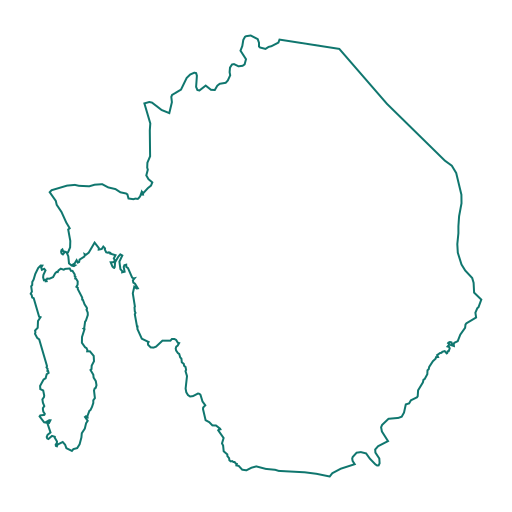 outline of Kaoh Kong, Kaôh Kong, Cambodia
{"feature_id": "14789045B37744308574617", "entity_name": "Kaoh Kong", "entity_type": "district", "adm_level": 2, "iso_a3": "KHM", "parent_name": "Cambodia", "parent_adm1": "Kaôh Kong", "projection": "natural_earth1", "projection_center": [103.11, 11.431], "detail": "fine", "context": "isolated", "style": "outline", "palette": "teal", "viewbox_px": 512, "rotation_deg": 0, "n_neighbors": 0, "source": "geoboundaries", "source_scale": "gbopen_adm2", "svg_char_len": 5880}
<svg xmlns="http://www.w3.org/2000/svg" viewBox="0 0 512 512"><path d="M427.3,374.2L427.5,370.3L428.7,369.2L429.2,366.9L432.9,361.2L435.6,358.7L436.0,357.2L438.0,357.0L437.1,355.1L440.1,353.0L441.5,352.8L442.3,351.8L444.7,351.1L446.7,353.4L447.2,353.1L447.7,351.3L448.7,351.2L449.7,348.4L449.2,347.0L447.6,346.5L449.5,344.2L448.1,343.1L448.5,342.6L449.9,342.0L451.5,342.4L452.2,344.4L451.4,345.2L453.9,346.0L453.7,344.0L454.3,342.8L457.7,341.2L460.3,334.6L465.1,327.8L465.5,324.5L466.4,323.3L476.1,317.5L475.4,312.7L477.3,308.2L478.5,307.2L481.3,299.6L474.1,292.6L473.6,282.8L472.2,278.0L465.2,270.5L461.5,264.5L457.8,252.7L457.3,244.1L458.4,233.3L458.4,226.3L459.1,216.2L461.5,203.3L461.4,194.7L456.2,173.0L451.8,165.7L444.8,160.6L387.0,103.9L339.3,48.9L279.5,39.6L278.4,42.6L271.4,46.2L268.6,46.9L265.5,48.9L260.0,47.5L259.0,46.5L259.0,42.8L257.7,39.1L250.7,35.5L246.1,36.2L245.0,36.8L243.3,39.9L242.3,46.0L240.5,50.7L246.0,59.2L244.6,64.4L242.6,65.8L238.5,66.3L234.0,64.1L232.0,64.5L230.0,67.6L229.6,72.2L230.2,75.3L227.8,80.5L225.7,82.8L219.7,83.8L217.3,85.7L214.8,90.0L211.0,89.8L205.7,85.6L199.4,90.5L197.4,90.0L196.1,86.9L196.9,75.7L196.1,73.1L194.3,72.7L190.2,74.5L186.7,77.9L181.0,89.6L172.1,94.9L171.3,96.9L171.9,102.2L169.3,113.1L161.6,110.0L152.0,102.6L149.3,102.0L144.4,103.4L150.3,123.5L149.8,130.3L150.1,156.3L147.4,162.7L147.2,167.6L147.8,169.7L146.3,175.4L148.5,179.2L152.3,182.4L151.0,185.6L147.9,188.1L143.4,193.0L142.5,192.2L143.0,194.6L142.2,194.6L141.5,192.5L140.1,196.4L138.6,198.2L137.8,198.9L135.4,198.6L133.4,199.2L128.5,198.5L127.4,194.4L126.1,193.5L120.4,192.3L115.5,189.1L108.2,187.4L102.2,184.2L94.7,184.7L89.2,186.3L78.9,185.8L74.9,184.9L67.1,185.6L51.6,190.2L49.7,192.2L55.8,200.9L56.7,204.8L61.5,212.0L66.3,222.6L69.7,228.3L68.2,229.5L70.3,241.0L70.1,247.4L68.0,252.4L67.2,252.8L66.5,252.1L68.3,256.3L69.0,263.4L71.7,265.6L73.9,266.1L75.1,265.3L72.8,264.6L74.7,263.4L76.6,260.2L77.8,262.6L79.1,262.0L79.6,259.6L84.3,256.6L84.9,255.2L84.6,254.1L85.9,254.8L88.7,252.7L94.6,242.6L98.8,248.0L98.7,249.6L101.7,249.0L103.3,246.6L105.0,248.4L104.8,249.5L106.2,252.3L108.1,252.8L108.8,252.3L110.3,252.8L110.2,253.6L115.5,255.2L113.8,258.4L115.0,260.5L113.4,262.2L110.7,262.3L112.4,266.5L113.6,267.7L114.2,267.9L114.7,267.1L115.1,262.2L118.3,256.7L120.3,254.4L122.3,255.5L119.4,261.6L120.4,269.1L122.3,271.2L122.2,272.3L124.6,271.7L123.7,267.0L124.4,265.2L126.2,264.7L126.3,266.9L128.0,268.1L132.1,277.5L133.6,278.5L134.5,278.3L132.9,280.3L133.3,282.6L135.0,283.7L137.8,288.3L136.7,288.5L134.3,286.7L132.8,293.3L134.9,306.6L134.5,307.4L134.8,311.3L135.5,312.9L134.8,314.2L137.0,326.5L137.5,326.5L137.4,329.0L141.8,338.7L148.6,342.0L147.9,343.0L148.1,344.8L150.7,347.4L153.5,347.6L156.0,346.7L162.4,340.7L170.4,340.7L171.9,339.0L174.4,339.0L176.1,339.9L177.8,342.7L179.1,343.1L177.6,345.7L176.3,346.6L175.7,348.5L176.1,350.5L177.9,353.1L179.2,353.9L180.2,357.4L181.4,358.6L181.8,362.3L183.8,363.9L184.1,365.8L185.5,366.9L186.1,369.9L185.5,371.1L187.0,376.1L185.6,388.6L186.3,392.3L188.0,395.1L190.1,396.5L193.0,396.1L198.0,393.5L199.5,393.9L200.5,394.9L202.5,401.5L205.3,405.3L203.2,407.5L203.0,409.1L205.6,420.2L209.3,422.2L212.4,425.4L216.0,425.5L220.1,428.7L220.4,429.3L218.8,429.6L218.2,430.3L223.6,438.0L222.0,443.4L223.1,445.5L223.7,451.3L227.3,454.4L227.4,456.1L229.1,458.2L229.4,460.3L230.8,461.4L232.2,461.1L233.4,462.0L234.6,462.0L235.8,463.6L236.8,463.9L236.4,465.4L238.7,465.9L242.2,469.7L246.4,470.3L251.5,467.7L256.3,466.4L265.8,468.9L275.2,469.8L278.7,470.9L304.8,472.3L316.5,473.8L329.7,476.5L332.3,473.2L340.8,468.7L354.7,464.2L352.6,460.9L352.2,458.6L352.7,457.0L356.6,452.7L360.8,452.1L366.1,453.4L369.8,458.6L375.3,464.3L377.1,465.5L378.6,465.4L379.6,463.3L379.3,458.5L375.4,452.6L375.2,449.5L378.1,446.2L388.0,441.1L381.9,431.5L381.1,427.3L382.1,424.9L388.5,418.8L398.4,417.9L401.7,416.7L404.0,412.6L405.8,404.4L409.1,403.4L410.9,400.3L417.0,397.3L417.7,396.2L418.1,390.3L422.9,382.4L423.5,379.7L424.7,379.0L427.3,374.2ZM41.9,269.8L41.2,267.5L42.3,265.6L40.7,265.5L38.2,268.0L35.3,273.9L33.6,279.6L32.3,281.9L32.2,285.0L31.2,286.3L31.9,291.6L30.7,293.8L31.7,295.1L32.2,297.5L33.7,298.2L39.1,316.7L40.5,317.2L38.0,321.0L37.7,327.8L35.1,330.5L35.4,332.5L35.0,333.8L37.2,337.9L39.2,339.4L47.0,366.1L46.5,367.4L47.6,368.8L47.4,370.9L48.1,371.0L48.6,372.9L46.7,374.2L45.6,378.3L43.6,379.5L40.1,385.9L40.3,389.1L43.2,390.5L44.2,395.5L44.0,397.0L42.4,399.4L42.9,402.7L44.3,406.1L42.9,408.1L42.9,409.4L43.3,411.6L44.8,413.9L44.3,414.9L40.3,415.4L39.6,416.4L44.1,422.3L47.0,422.8L47.5,422.1L46.8,421.6L49.3,420.2L50.4,420.3L49.1,422.9L48.5,422.6L47.6,423.8L50.5,432.5L47.6,434.8L46.7,437.0L47.2,438.4L48.4,439.0L52.0,435.9L54.8,436.8L54.8,437.8L57.0,441.5L56.8,443.1L55.7,444.6L55.9,445.9L56.9,446.3L57.5,444.6L62.7,442.0L65.1,444.7L66.4,448.2L71.9,450.9L73.4,449.1L77.2,448.1L79.6,444.3L81.4,437.5L81.8,433.2L84.8,428.6L86.1,423.2L87.7,420.8L85.0,417.0L85.8,416.4L86.5,417.5L87.6,417.5L87.4,416.1L89.4,410.8L90.5,410.0L92.0,406.9L93.3,403.0L93.3,400.3L94.9,398.1L94.0,390.5L94.7,388.4L95.7,387.9L96.5,385.2L95.8,381.1L93.6,377.6L93.3,374.7L90.5,370.0L91.5,369.1L91.7,365.6L94.0,361.2L93.7,355.9L89.9,351.3L87.2,351.3L87.4,350.1L86.5,348.1L85.1,347.3L81.9,342.8L82.0,337.0L84.5,329.2L83.6,328.6L84.2,328.2L85.1,321.6L85.9,320.7L87.8,315.0L87.7,312.5L86.5,309.7L87.0,308.8L86.8,307.7L84.6,304.4L82.9,299.9L82.2,299.6L82.2,297.6L77.8,289.1L77.8,287.7L76.4,286.8L77.6,284.7L77.7,281.4L76.2,278.9L75.2,278.5L75.5,276.7L74.7,276.1L74.7,274.4L72.5,270.9L71.0,270.9L69.7,268.5L65.1,268.9L63.8,269.7L60.7,268.7L58.4,270.5L57.7,272.1L56.6,271.9L55.1,273.4L53.1,277.1L49.5,278.7L47.2,278.6L46.2,280.6L46.5,281.2L45.6,281.3L45.3,279.8L43.9,280.2L43.1,277.3L43.4,274.9L45.5,270.4L44.2,268.8L41.9,269.8ZM66.5,252.1L63.1,251.2L62.4,249.4L61.5,250.1L61.1,251.8L61.6,253.5L62.9,254.4L64.7,252.2L66.5,252.1Z" fill="none" stroke="#0f766e" stroke-width="2"/></svg>